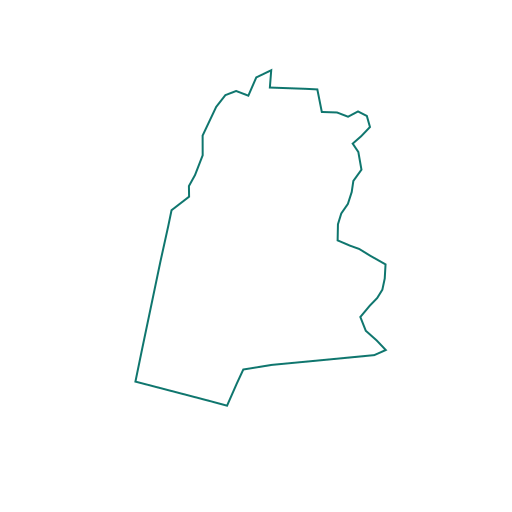 the district of Machados, Pernambuco, Brazil, rotated 146°
{"feature_id": "56859067B21118824924593", "entity_name": "Machados", "entity_type": "district", "adm_level": 2, "iso_a3": "BRA", "parent_name": "Brazil", "parent_adm1": "Pernambuco", "projection": "orthographic", "projection_center": [-35.513, -7.704], "detail": "fine", "context": "isolated", "style": "outline", "palette": "teal", "viewbox_px": 512, "rotation_deg": 146, "n_neighbors": 0, "source": "geoboundaries", "source_scale": "gbopen_adm2", "svg_char_len": 811}
<svg xmlns="http://www.w3.org/2000/svg" viewBox="0 0 512 512"><g transform="rotate(146 256 256)"><path d="M426.2,219.3L375.5,161.7L363.7,148.1L343.1,161.1L330.0,169.0L304.0,157.0L213.4,107.7L201.0,105.5L203.2,118.6L206.8,132.6L203.6,147.1L189.4,151.2L179.0,153.4L170.1,157.4L161.9,165.3L153.3,176.6L161.1,192.2L166.5,204.1L172.3,212.0L179.6,223.3L170.3,236.5L161.5,243.6L150.7,247.8L140.9,255.5L133.3,263.8L120.3,268.6L113.0,285.0L113.0,295.1L101.8,296.5L89.4,299.2L85.8,310.1L90.6,318.8L101.8,320.0L108.6,329.7L120.9,338.6L112.0,359.8L120.9,366.5L150.3,387.9L139.5,401.5L155.9,403.9L172.7,393.2L180.2,403.9L191.4,406.5L205.6,401.9L232.9,385.7L243.9,369.3L261.3,357.2L272.5,351.5L278.3,342.6L300.4,341.2L312.2,329.7L338.4,304.8L402.8,242.2L426.2,219.3Z" fill="none" stroke="#0f766e" stroke-width="2"/></g></svg>